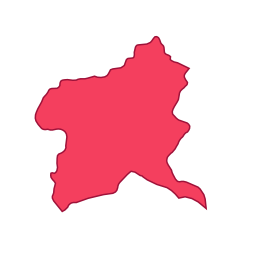 the border of Gunma, rotated 12°
{"feature_id": "JPN-3503", "entity_name": "Gunma", "entity_type": "Prefecture", "adm_level": 1, "iso_a3": "JPN", "parent_name": "Japan", "parent_adm1": "", "projection": "albers", "projection_center": [138.983, 36.504], "detail": "fine", "context": "isolated", "style": "filled", "palette": "rose", "viewbox_px": 256, "rotation_deg": 12, "n_neighbors": 0, "source": "natural_earth", "source_scale": "10m", "svg_char_len": 2587}
<svg xmlns="http://www.w3.org/2000/svg" viewBox="0 0 256 256"><g transform="rotate(12 128 128)"><path d="M137.2,32.7L139.0,33.3L140.1,34.5L140.7,35.3L141.9,37.2L142.5,38.2L143.5,39.0L144.3,39.5L144.5,39.6L145.7,40.5L146.4,41.7L148.0,46.7L149.5,47.8L151.2,48.2L152.7,48.4L154.7,49.3L155.1,52.2L156.4,53.0L159.3,53.8L162.9,53.9L175.4,57.0L172.7,62.4L172.1,64.5L172.5,66.5L174.2,68.7L175.6,70.0L176.7,71.1L176.8,72.7L176.5,73.7L175.4,75.2L174.4,77.0L173.0,78.7L171.7,80.7L171.1,83.0L171.4,89.6L170.7,92.2L168.9,97.3L168.1,100.4L167.9,102.9L168.8,105.2L173.0,108.2L174.8,109.2L176.2,109.7L184.8,110.8L186.5,111.7L188.0,113.3L188.3,115.7L187.8,117.7L187.0,119.5L185.3,120.9L184.2,122.8L183.8,124.1L183.2,125.4L181.9,127.2L181.1,129.0L180.5,130.9L180.2,133.1L179.2,136.0L178.4,138.7L176.3,142.6L175.2,143.8L173.7,146.2L173.1,147.3L172.6,148.5L172.5,150.3L172.7,152.2L173.5,153.9L175.0,155.8L179.3,160.2L180.4,162.4L181.8,164.3L185.0,168.1L187.5,169.9L189.6,169.9L191.5,169.1L193.5,168.7L196.4,168.8L208.8,171.3L211.2,172.7L216.0,177.4L218.2,181.4L221.2,190.5L212.0,185.7L205.2,183.7L198.2,183.4L192.3,186.0L188.1,182.8L183.5,180.1L178.6,178.2L167.9,177.2L157.6,174.7L152.7,172.6L151.9,172.0L149.7,171.9L144.0,169.7L140.2,169.7L139.7,170.0L137.0,173.6L131.3,182.9L130.5,184.7L130.2,186.6L130.3,188.7L130.0,191.3L129.0,193.2L126.8,195.0L118.0,198.2L103.7,205.0L92.8,211.7L90.2,212.2L88.2,213.1L86.9,214.4L86.0,215.8L85.5,217.6L85.5,217.8L85.5,218.0L83.3,221.3L81.0,223.3L70.5,214.8L68.6,212.3L68.2,210.4L68.6,208.6L68.8,206.7L68.3,202.8L68.5,199.2L68.5,197.1L66.9,195.5L65.0,194.2L63.0,192.3L62.3,190.5L62.0,188.3L63.1,187.6L65.5,187.6L66.6,186.4L67.3,184.6L67.3,181.3L65.9,177.4L65.0,172.4L64.8,169.7L65.6,168.0L68.3,166.1L69.9,164.4L71.0,162.5L71.4,160.1L70.9,158.6L70.8,157.7L70.1,149.4L68.9,146.5L66.9,144.5L64.4,143.5L62.3,143.2L60.2,143.4L58.2,144.0L54.4,145.7L52.3,146.1L49.8,145.9L47.2,146.8L45.3,146.9L43.6,146.4L39.3,143.1L36.5,140.2L35.3,137.7L34.8,134.3L35.1,131.6L35.8,128.1L38.1,120.4L38.9,116.0L39.9,114.2L41.0,112.4L41.7,110.9L42.3,109.3L42.7,107.5L43.5,106.2L45.0,105.3L50.4,103.9L51.7,102.6L52.5,100.8L52.2,98.1L52.5,96.2L53.7,95.0L55.3,94.3L58.6,93.3L64.1,92.8L67.5,91.9L68.9,90.8L71.2,89.8L75.7,88.8L78.3,87.6L84.5,84.3L87.6,84.7L91.1,84.2L94.7,82.8L96.7,81.0L97.6,79.0L98.8,74.7L100.8,73.4L108.5,70.6L110.3,68.8L111.4,67.6L112.0,63.0L112.3,61.3L113.5,60.0L118.2,58.5L119.1,57.2L119.0,55.1L118.4,52.6L118.5,47.3L119.2,45.5L120.4,44.7L128.9,42.0L131.8,39.9L132.2,39.5L133.1,38.0L134.4,34.9L135.5,33.1L137.2,32.7Z" fill="#f43f5e" stroke="#9f1239" stroke-width="1.5"/></g></svg>